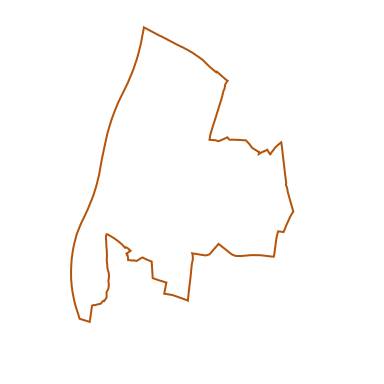 the district of Druten, Gelderland, Netherlands, rotated 283°
{"feature_id": "6326949B94625978297128", "entity_name": "Druten", "entity_type": "district", "adm_level": 2, "iso_a3": "NLD", "parent_name": "Netherlands", "parent_adm1": "Gelderland", "projection": "orthographic", "projection_center": [5.596, 51.869], "detail": "fine", "context": "isolated", "style": "outline", "palette": "amber", "viewbox_px": 384, "rotation_deg": 283, "n_neighbors": 0, "source": "geoboundaries", "source_scale": "gbopen_adm2", "svg_char_len": 5692}
<svg xmlns="http://www.w3.org/2000/svg" viewBox="0 0 384 384"><g transform="rotate(283 192 192)"><path d="M341.6,108.1L338.0,108.3L331.9,108.5L326.1,108.8L324.9,108.8L322.5,108.8L317.1,108.7L312.0,108.5L309.5,108.4L306.5,108.1L298.2,107.3L296.0,106.9L293.3,106.5L287.0,105.4L284.3,105.0L276.1,103.1L271.8,102.1L268.5,101.3L265.2,100.6L263.7,100.2L261.3,99.7L259.8,99.5L256.9,99.0L249.9,98.0L244.2,97.3L231.1,96.4L217.9,96.5L213.7,96.6L203.6,96.8L199.0,97.0L192.4,97.4L189.4,97.5L186.5,97.6L181.9,97.5L179.3,97.5L174.7,97.3L170.7,97.0L167.2,96.7L163.1,96.2L160.3,95.7L152.1,94.4L145.2,93.0L135.5,90.8L131.6,90.2L125.2,89.2L124.8,89.2L123.0,89.1L121.4,89.1L116.3,88.9L112.5,88.9L110.2,89.0L109.0,89.0L99.1,89.9L95.2,90.6L93.2,90.9L90.6,91.4L87.0,92.1L79.3,94.0L75.8,95.2L74.0,95.7L71.4,96.7L68.6,97.7L64.5,99.5L62.2,100.5L58.7,102.2L57.3,102.8L53.4,105.0L52.0,105.8L46.6,109.1L43.8,110.6L43.2,111.0L42.4,121.5L48.6,121.1L48.8,121.1L51.2,120.8L53.1,120.7L54.3,120.5L55.2,120.5L58.2,120.2L58.7,120.1L59.0,120.4L59.8,121.7L59.7,122.3L60.0,123.0L61.8,126.4L62.0,127.0L62.4,127.7L62.6,128.0L62.8,128.3L64.8,129.3L65.4,129.7L66.0,130.0L66.0,131.0L66.5,131.1L67.3,131.4L68.8,132.2L69.2,132.3L69.9,132.4L70.2,132.4L71.5,132.2L73.6,131.6L75.1,131.3L75.5,131.4L75.9,131.4L77.7,132.0L78.2,132.1L78.8,132.1L79.5,132.2L80.3,132.2L80.6,132.1L81.3,132.1L83.4,131.7L84.1,131.5L84.4,131.4L85.6,130.8L86.0,130.7L86.3,130.6L87.3,130.5L88.4,130.4L89.8,130.3L90.3,130.3L91.5,130.0L93.7,129.3L94.6,129.0L95.4,128.6L96.7,127.8L98.2,127.0L99.3,126.6L100.1,126.3L102.0,125.8L103.3,125.3L106.3,124.3L108.0,123.9L108.8,123.8L109.1,123.7L110.9,123.5L111.5,123.3L113.3,122.8L115.3,122.3L117.4,121.6L118.8,121.1L120.6,120.6L122.0,120.2L124.1,119.6L124.6,119.5L126.1,119.0L127.3,118.6L129.1,118.2L129.7,118.1L130.0,118.1L130.4,118.1L131.0,118.3L131.6,118.3L131.8,118.4L131.6,119.2L131.5,119.7L131.0,121.7L130.6,122.8L130.3,123.9L129.2,127.0L127.7,130.6L127.5,131.1L125.2,135.5L125.0,135.9L123.4,138.1L122.6,139.3L123.3,139.6L123.3,140.1L122.7,142.2L122.5,142.5L121.5,144.5L121.4,144.5L121.0,145.2L120.5,144.5L120.2,144.7L119.1,143.8L118.6,143.4L117.4,142.0L116.8,142.5L116.5,142.6L116.2,142.8L115.9,142.8L115.7,143.0L115.9,143.4L115.7,143.5L115.1,143.8L114.5,144.1L113.8,144.3L111.3,145.1L111.4,145.7L111.6,147.2L111.9,150.0L112.2,150.1L112.3,150.3L112.3,153.5L115.3,156.5L116.0,157.2L116.8,158.0L117.0,158.4L117.0,158.5L117.0,158.8L117.0,159.1L116.7,159.8L116.5,160.5L116.3,161.5L115.9,163.6L115.6,165.1L115.5,166.2L115.1,168.4L114.4,168.6L99.2,173.1L99.2,173.3L99.0,175.6L98.7,177.8L98.6,178.8L98.6,179.3L98.5,179.8L98.5,180.6L98.1,185.7L97.9,186.8L98.0,187.4L86.7,187.8L86.9,190.9L87.2,196.5L86.7,200.8L86.0,207.0L85.4,211.6L85.2,212.4L97.7,210.9L108.0,209.8L113.6,209.1L115.6,208.8L120.4,208.2L121.6,208.1L124.5,208.0L125.7,208.0L126.7,207.9L128.0,207.6L130.8,206.8L131.2,206.6L132.3,206.0L132.3,206.5L132.8,213.4L132.9,215.3L133.1,217.2L133.2,219.3L133.4,220.0L133.9,220.8L135.1,223.0L135.4,223.2L135.5,223.3L144.3,227.9L146.7,229.2L147.4,229.5L146.9,230.6L145.9,232.7L144.3,236.1L143.4,238.0L142.4,240.2L141.3,242.3L140.9,243.4L140.6,243.7L140.5,244.1L140.2,244.9L139.9,246.1L139.8,246.5L139.7,247.2L139.6,248.3L139.6,248.8L139.6,249.3L139.7,249.7L139.7,250.1L139.8,250.5L139.9,251.0L140.0,251.3L140.3,252.6L140.6,254.1L140.8,254.6L141.7,257.5L142.0,258.1L142.3,259.2L143.6,263.2L143.7,263.7L143.8,263.9L144.2,265.5L144.9,268.9L145.3,270.6L145.8,272.8L145.9,273.8L146.4,278.5L147.3,286.2L148.1,286.2L148.6,286.1L150.3,286.2L152.9,285.9L155.5,285.6L156.7,285.5L166.4,284.6L169.3,284.6L171.4,284.7L173.1,284.8L173.2,286.5L173.6,290.2L175.5,290.6L181.6,291.5L182.0,291.6L188.6,293.0L188.8,293.0L188.9,292.9L189.0,292.9L191.6,293.7L195.4,294.9L195.5,294.9L195.6,295.1L197.8,294.0L203.1,291.0L209.7,287.4L212.5,285.9L213.8,285.2L214.3,285.0L214.7,284.9L215.2,284.7L217.0,283.9L217.5,283.7L217.8,283.5L218.9,282.7L219.6,282.2L220.2,282.0L220.7,281.8L221.5,281.9L233.3,277.6L243.2,274.1L248.7,272.1L253.4,270.5L256.5,269.3L259.1,268.4L260.5,267.7L256.6,264.8L255.1,263.8L254.0,263.0L253.7,262.8L253.4,262.7L252.6,262.5L248.3,260.5L248.0,260.4L247.7,260.3L246.3,259.9L246.3,259.7L246.6,259.3L247.1,258.7L247.6,258.2L250.1,255.8L248.9,254.4L247.9,253.2L248.0,253.1L247.1,252.0L246.3,250.9L244.9,249.5L243.9,248.5L246.2,248.3L246.4,246.9L246.5,246.5L246.8,245.9L247.7,243.1L248.2,241.7L248.3,241.3L248.5,240.8L248.8,240.4L251.7,237.0L251.9,236.7L252.0,236.6L253.2,234.8L254.5,232.9L254.0,230.5L253.5,227.1L253.0,224.3L252.6,222.3L252.4,221.0L252.3,220.9L252.2,220.6L252.1,219.8L251.9,219.1L251.6,217.9L251.4,216.9L251.4,216.7L251.5,216.6L252.1,215.6L253.0,214.4L253.2,214.1L251.5,212.0L250.6,210.8L247.7,206.8L247.6,206.6L247.5,206.4L247.4,205.8L247.6,204.5L247.7,203.7L247.7,203.1L247.3,200.7L246.8,197.3L250.8,197.0L252.1,197.0L252.7,197.0L257.6,197.3L263.8,197.8L264.0,197.8L268.2,198.2L273.9,198.6L279.2,199.0L289.6,199.8L290.3,199.9L290.7,199.9L293.6,199.9L295.2,199.9L296.9,200.0L297.4,200.0L298.6,200.1L298.9,200.2L299.7,200.4L300.4,200.5L303.2,200.2L303.5,200.2L303.9,200.2L304.6,200.3L305.8,200.6L306.5,200.9L307.2,201.2L308.4,201.7L308.8,200.6L309.0,200.1L309.3,199.3L310.6,197.1L311.5,195.3L314.3,190.2L314.9,189.1L314.8,188.9L314.1,188.7L314.5,187.8L317.1,182.7L318.0,181.0L318.9,179.5L320.2,177.3L322.5,173.7L322.8,173.3L323.3,172.2L323.8,171.2L324.5,169.4L324.8,168.8L325.2,167.7L325.5,166.9L326.7,163.9L327.8,161.1L328.5,158.8L328.6,158.6L328.6,158.4L328.8,158.1L328.8,157.9L329.7,154.9L329.9,154.0L331.1,149.6L331.0,149.4L332.5,143.3L334.2,136.7L335.1,133.4L335.9,130.4L336.4,128.2L336.8,127.1L336.8,126.9L336.7,126.6L337.4,123.9L339.3,116.7L341.6,108.1Z" fill="none" stroke="#b45309" stroke-width="2"/></g></svg>